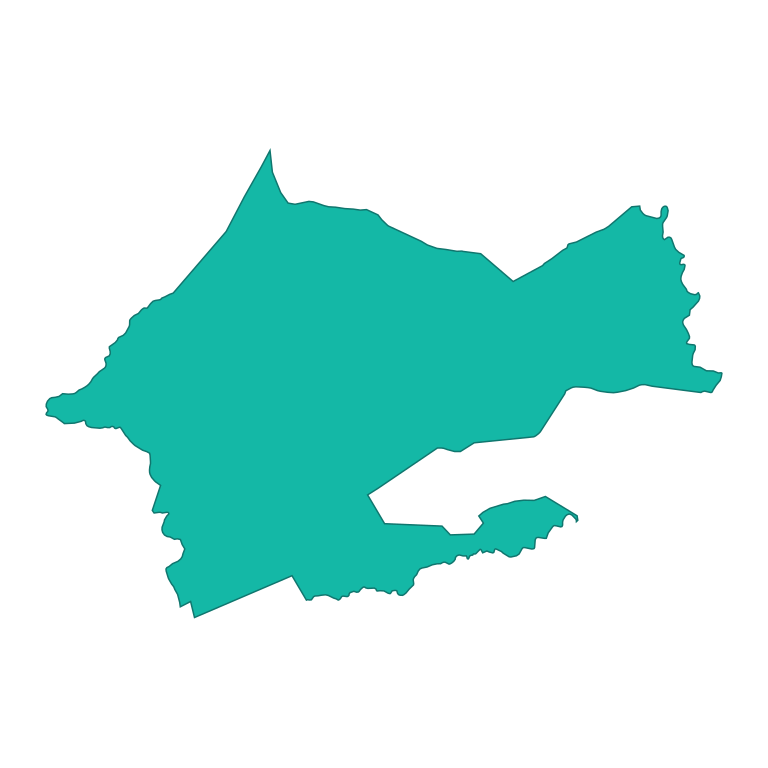 La Paz, La Paz, Honduras (Albers equal-area conic projection)
{"feature_id": "27666195B4973342406625", "entity_name": "La Paz", "entity_type": "district", "adm_level": 2, "iso_a3": "HND", "parent_name": "Honduras", "parent_adm1": "La Paz", "projection": "albers", "projection_center": [-87.743, 14.31], "detail": "fine", "context": "isolated", "style": "filled", "palette": "teal", "viewbox_px": 768, "rotation_deg": 0, "n_neighbors": 0, "source": "geoboundaries", "source_scale": "gbopen_adm2", "svg_char_len": 6089}
<svg xmlns="http://www.w3.org/2000/svg" viewBox="0 0 768 768"><path d="M639.7,206.1L631.7,206.8L608.6,226.4L604.1,229.2L596.2,232.1L576.5,242.0L569.0,243.9L568.0,244.7L567.1,247.6L566.6,248.2L562.7,250.3L551.8,258.7L544.4,263.5L542.6,265.6L513.1,281.5L480.7,253.7L462.8,251.4L462.0,251.1L456.9,251.3L446.0,249.5L437.0,248.4L427.4,245.0L421.3,241.3L388.6,226.1L387.7,225.5L381.8,219.8L378.0,214.9L366.5,209.6L360.3,210.1L353.2,209.1L344.9,208.6L335.6,207.2L328.7,206.8L323.9,205.6L313.4,201.9L308.9,201.4L295.1,204.3L288.1,203.1L280.7,192.6L272.4,172.2L270.0,150.5L261.3,166.8L244.4,196.7L226.2,231.5L173.2,293.1L169.8,294.3L164.8,296.9L161.8,298.1L160.8,299.3L159.8,299.8L155.3,300.5L153.1,301.2L150.7,303.5L147.4,307.9L146.5,308.2L144.1,308.0L142.9,308.7L141.5,309.8L138.4,313.5L134.3,315.5L131.4,318.1L130.1,319.6L129.7,320.6L129.6,324.6L129.3,326.2L125.7,332.9L123.3,335.3L118.6,337.5L117.9,338.5L117.4,340.0L115.2,342.6L109.4,346.7L109.3,348.1L110.2,351.5L110.2,353.9L109.2,355.9L105.7,357.5L104.9,358.4L104.8,359.7L106.0,363.1L106.1,364.2L105.9,365.9L105.2,367.4L104.4,368.2L99.3,371.7L97.4,373.8L93.8,377.1L92.6,378.6L90.9,381.7L88.8,384.2L87.0,385.8L84.6,387.4L81.7,389.0L79.1,390.0L76.1,392.6L74.6,393.5L72.8,393.9L68.4,394.2L62.6,393.7L59.1,396.4L55.3,397.3L51.7,397.7L49.8,398.6L47.5,401.2L46.3,404.1L46.2,406.7L47.7,409.2L48.0,410.4L47.8,411.4L46.5,413.0L46.1,414.4L46.7,415.1L48.3,415.7L55.4,416.9L63.6,422.9L64.3,423.6L74.5,423.1L81.3,421.3L82.8,420.5L83.8,420.3L84.7,420.6L85.5,421.3L85.8,423.7L87.0,425.7L88.7,426.7L91.5,427.5L99.9,428.2L102.7,427.8L104.9,427.0L107.6,427.6L109.7,427.6L111.2,426.6L112.4,426.4L113.7,426.8L114.7,428.2L115.9,428.6L119.3,427.3L120.1,427.3L121.1,428.3L125.7,435.5L127.5,437.2L130.1,440.8L133.6,444.3L135.1,445.6L142.6,450.2L146.9,451.7L149.6,453.2L150.1,455.3L150.5,461.7L150.5,463.6L149.8,466.9L149.5,470.0L149.6,472.4L150.1,474.4L151.6,477.4L154.5,480.8L155.9,482.1L160.6,485.4L152.3,510.4L154.1,513.0L159.1,512.3L160.7,512.4L162.3,513.0L166.8,512.3L168.0,512.4L168.5,512.8L168.8,513.4L168.6,514.2L166.8,516.0L164.5,519.9L164.2,521.7L162.1,527.2L162.0,529.9L162.7,532.5L164.5,535.0L167.1,536.5L170.2,537.0L174.4,539.3L177.3,538.8L180.4,539.5L182.2,544.6L184.8,548.9L183.0,553.7L182.3,556.5L180.8,558.9L178.0,561.3L172.5,563.7L169.1,566.5L166.9,567.6L166.0,569.0L166.2,571.1L168.3,578.0L169.0,579.5L171.6,584.0L173.7,586.7L174.9,589.6L177.6,594.4L179.7,602.4L180.3,606.8L190.6,601.5L194.5,617.5L292.0,575.7L306.4,600.1L307.4,599.7L309.8,600.0L311.4,599.8L313.6,596.7L315.0,596.0L318.1,595.8L321.5,595.2L325.6,594.8L328.4,595.5L333.7,598.1L336.3,598.9L338.1,600.0L338.7,600.0L340.3,598.8L341.6,596.7L342.2,596.3L343.2,596.1L347.1,596.6L348.0,596.3L348.9,595.4L349.2,593.8L350.1,592.6L353.8,591.3L356.6,592.2L358.3,592.0L359.2,591.3L360.4,589.6L362.8,587.4L363.8,587.0L364.7,587.1L365.8,587.9L367.8,588.4L374.4,588.1L376.1,589.2L376.5,590.5L377.1,591.0L380.1,590.7L383.9,590.9L388.1,593.2L389.7,593.6L390.4,593.5L392.2,590.8L394.9,590.4L396.1,590.5L396.9,590.9L397.5,593.2L398.5,594.6L400.0,595.2L402.6,595.3L403.8,594.7L406.0,593.0L409.1,589.2L413.5,584.9L413.7,583.6L413.2,579.8L413.6,578.4L414.7,576.6L416.6,574.7L418.2,571.1L420.0,568.9L422.1,568.0L427.1,567.0L432.3,564.8L437.1,563.8L440.6,563.7L442.5,562.6L443.7,562.2L445.2,562.2L449.0,564.1L449.8,564.0L451.7,563.0L453.7,561.4L455.2,559.3L455.4,557.7L455.9,556.9L456.8,555.9L458.2,555.2L459.5,555.0L463.0,555.9L466.3,555.9L466.8,556.8L467.3,558.6L468.1,559.0L468.6,558.6L469.7,556.0L471.3,555.2L472.7,555.1L473.1,554.3L473.5,553.9L474.9,554.0L475.8,553.7L480.0,549.4L480.6,549.4L481.1,549.8L482.7,552.8L486.9,551.0L489.2,552.0L492.8,552.9L493.8,552.4L494.7,549.4L495.5,548.9L496.6,549.2L501.4,551.5L503.1,553.1L509.1,556.8L510.9,557.0L516.4,555.8L519.1,554.0L522.1,548.6L523.2,547.6L525.0,547.6L531.6,549.0L533.0,548.9L534.1,548.5L534.6,547.5L535.2,539.8L536.0,538.2L536.8,537.6L538.3,537.4L544.9,538.4L546.3,538.3L548.2,532.9L552.5,526.9L553.6,525.8L554.4,525.6L556.2,525.8L560.7,526.9L562.0,526.5L562.6,525.1L562.6,522.0L563.1,519.9L565.4,516.2L566.8,514.9L569.0,514.0L570.4,514.3L572.0,515.1L575.9,519.2L576.3,520.1L576.4,521.6L577.8,520.3L577.1,515.8L545.4,496.5L534.2,500.4L523.8,500.2L514.7,501.3L507.5,503.7L503.4,504.2L490.0,508.3L482.9,512.4L478.8,516.0L483.4,523.1L474.1,534.1L450.3,534.9L442.0,526.1L384.6,523.7L367.6,494.9L378.3,488.1L437.4,448.0L441.4,448.0L443.7,448.3L447.5,449.6L454.6,451.5L460.4,451.5L474.2,442.8L533.8,436.8L535.6,435.9L538.6,433.6L540.3,431.8L564.7,393.9L565.8,390.8L571.0,388.0L573.0,387.2L575.9,386.8L583.8,387.2L588.1,387.6L591.0,388.1L597.5,390.6L600.5,391.3L607.7,392.3L613.5,392.7L617.6,392.2L625.7,390.6L633.6,388.0L639.3,385.2L641.5,384.7L645.1,384.6L652.1,386.2L700.9,392.5L702.5,391.6L704.6,391.1L710.6,392.5L711.5,392.4L712.2,391.9L713.1,390.0L716.1,385.3L720.1,380.5L721.3,376.8L721.9,373.3L721.6,372.9L720.9,372.8L718.3,373.0L713.4,371.0L706.4,370.8L700.1,367.2L693.9,366.4L692.8,365.6L692.2,364.5L691.9,362.4L692.7,355.3L693.2,353.5L695.1,349.7L695.3,346.2L694.8,345.3L694.1,344.9L689.2,344.4L686.7,343.6L686.6,342.6L687.0,341.6L689.4,338.4L689.5,336.6L688.4,333.5L686.5,329.6L683.5,325.1L682.8,323.1L682.7,321.6L683.2,320.1L684.3,318.4L689.4,315.2L690.1,309.7L693.1,307.1L698.5,301.0L699.6,298.4L699.8,296.0L698.4,292.8L697.7,293.1L696.5,294.4L694.6,294.7L690.5,293.7L688.1,292.3L686.9,291.0L686.4,289.3L682.7,284.3L681.4,281.6L680.8,279.2L681.1,276.4L682.4,272.7L684.2,269.4L685.0,265.6L684.7,264.7L684.0,264.4L683.1,264.3L681.7,264.7L680.4,264.5L679.8,263.9L679.7,262.9L680.9,258.8L681.5,258.2L682.7,257.9L683.8,257.2L684.2,256.3L684.1,255.4L678.8,252.3L675.7,249.4L674.5,247.2L671.7,239.3L670.8,237.8L669.5,237.2L668.0,237.2L664.5,239.6L663.5,239.0L662.7,237.6L662.5,235.7L663.1,232.1L662.6,226.3L662.6,224.0L663.1,222.5L666.5,217.6L667.2,216.0L668.1,210.7L667.4,208.0L666.8,206.8L665.9,206.2L664.3,206.3L662.9,207.2L661.9,208.5L661.5,209.7L661.1,211.7L661.1,215.4L660.7,216.6L660.1,217.4L659.2,218.0L656.8,218.5L646.1,215.7L644.5,214.9L642.8,213.4L640.3,210.0L639.7,206.1Z" fill="#14b8a6" stroke="#0f766e" stroke-width="1.5"/></svg>